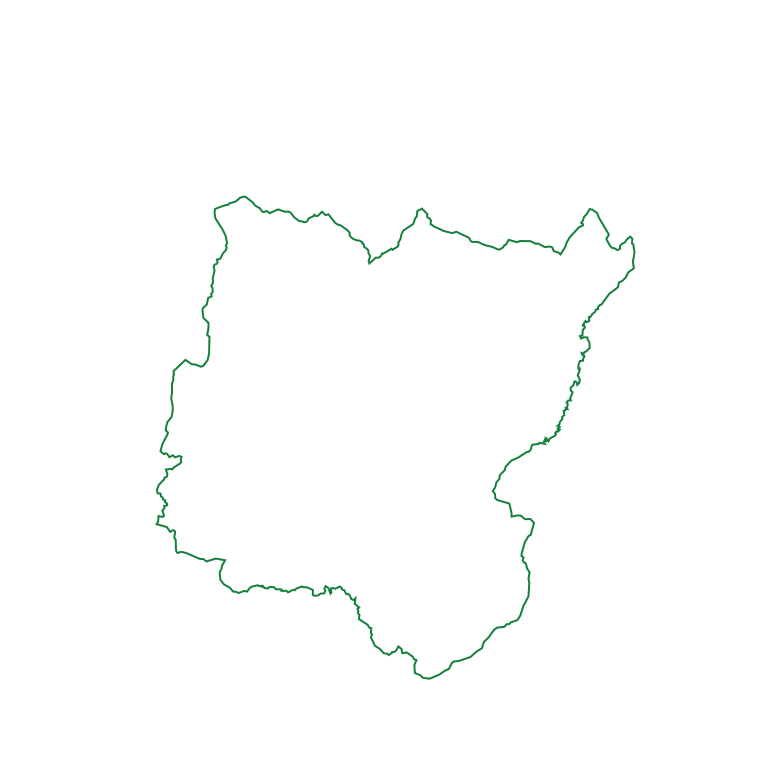 Loilen, Shan, Myanmar, rotated 210°
{"feature_id": "60261553B60770274813160", "entity_name": "Loilen", "entity_type": "district", "adm_level": 2, "iso_a3": "MMR", "parent_name": "Myanmar", "parent_adm1": "Shan", "projection": "mercator", "projection_center": [97.755, 21.29], "detail": "fine", "context": "isolated", "style": "outline", "palette": "green", "viewbox_px": 768, "rotation_deg": 210, "n_neighbors": 0, "source": "geoboundaries", "source_scale": "gbopen_adm2", "svg_char_len": 6166}
<svg xmlns="http://www.w3.org/2000/svg" viewBox="0 0 768 768"><g transform="rotate(210 384 384)"><path d="M529.1,495.6L529.0,494.0L532.0,489.9L531.9,486.4L533.2,484.6L539.7,482.7L545.2,483.5L550.4,485.7L553.4,485.4L555.6,483.7L563.1,482.2L568.5,474.7L571.9,475.3L574.1,472.8L575.4,472.4L579.4,474.1L584.8,474.1L588.0,475.5L597.4,476.9L598.8,476.3L601.6,473.7L603.6,468.0L608.2,463.1L608.2,461.8L612.2,458.1L617.8,451.1L616.5,447.7L613.0,443.3L600.8,436.9L595.1,433.0L590.3,427.5L590.0,424.6L588.4,423.3L587.9,420.9L588.8,416.2L588.5,410.4L590.9,408.2L589.1,406.5L588.9,404.6L590.4,402.5L590.3,400.6L587.4,397.4L585.3,390.3L582.8,386.2L582.6,382.5L580.8,381.7L578.4,378.3L578.8,375.9L577.1,373.7L579.3,370.6L577.2,364.3L578.8,359.1L578.3,357.5L573.6,351.0L566.6,349.2L564.0,344.7L561.6,338.0L558.8,337.7L550.7,322.9L548.7,316.4L549.6,309.2L551.1,307.5L556.8,306.6L560.5,305.0L568.0,305.6L572.7,289.8L570.6,287.1L570.4,285.3L568.4,282.0L567.8,278.2L563.2,270.5L561.3,265.4L556.2,259.6L553.7,255.5L551.5,249.3L552.5,242.7L551.1,237.6L549.8,234.7L546.9,234.0L546.3,231.7L545.9,221.4L544.0,214.0L539.5,213.2L538.2,214.9L536.9,215.0L533.2,213.4L531.2,216.7L528.4,216.0L525.2,219.4L522.9,219.7L522.0,216.4L520.6,215.3L520.7,213.6L524.4,206.4L524.6,204.3L525.7,204.3L530.2,200.8L526.6,197.8L525.7,195.3L527.2,193.0L526.7,191.6L528.6,183.9L527.6,178.6L525.4,176.2L522.7,177.3L520.9,175.1L518.9,175.1L517.8,173.5L515.2,173.9L514.8,172.2L512.5,172.1L511.3,171.0L511.5,169.9L513.4,168.6L512.1,166.5L512.6,163.5L508.6,160.0L509.1,158.3L513.2,156.9L510.8,151.9L510.9,148.9L500.5,151.5L495.2,149.0L494.1,151.4L492.2,152.2L490.9,151.5L488.8,146.0L486.4,144.8L481.7,137.1L480.2,135.2L478.3,134.4L475.7,137.3L471.0,138.7L455.8,140.5L453.0,142.1L449.0,141.6L442.4,148.7L433.5,151.9L433.4,145.2L432.2,142.6L432.2,138.9L427.9,132.7L422.4,130.4L415.7,130.5L410.9,128.8L408.1,130.1L405.4,130.3L401.7,134.8L398.8,135.8L398.2,140.4L397.0,142.6L392.7,146.6L390.8,146.6L388.6,148.3L388.1,147.6L387.6,148.4L385.3,147.5L382.1,149.1L381.7,151.1L377.7,153.0L375.0,152.2L370.2,154.8L369.6,153.6L368.3,154.4L367.1,153.8L367.7,154.4L365.4,156.1L362.9,155.6L359.6,160.6L358.0,160.9L357.6,163.1L353.7,167.8L352.3,167.5L349.4,169.3L342.6,170.1L340.1,165.6L337.6,166.2L335.4,167.9L334.2,170.7L331.1,172.8L331.4,175.7L333.1,176.5L333.5,179.7L330.4,179.6L325.5,175.7L325.3,177.0L327.7,180.4L326.2,181.9L324.0,182.1L321.0,186.5L318.8,186.4L317.3,185.0L315.4,185.6L311.4,183.1L310.3,184.3L308.0,183.9L304.8,181.4L302.2,181.7L301.6,184.1L299.4,179.0L293.8,178.0L294.5,176.2L292.7,174.6L292.0,172.6L289.7,171.6L288.2,167.9L277.7,167.3L275.1,165.7L272.9,166.1L270.8,161.7L269.2,161.2L268.7,158.1L260.9,152.7L255.1,152.5L249.5,150.7L246.6,152.0L244.3,151.6L242.6,155.4L242.9,155.9L241.0,157.4L240.2,159.1L240.3,163.9L236.3,163.2L233.5,160.0L230.0,162.9L222.7,162.2L220.5,160.7L217.8,161.1L217.2,155.8L212.7,149.1L206.9,150.0L203.5,149.0L197.2,151.5L190.7,160.1L188.0,166.0L185.4,169.5L185.7,175.6L185.1,178.3L180.4,181.9L172.6,190.9L170.0,198.7L167.1,204.0L168.5,210.6L166.8,216.4L165.8,226.0L164.1,229.7L158.4,233.8L157.7,237.4L156.2,238.0L155.2,239.3L155.1,240.9L150.4,246.2L150.2,251.7L152.3,261.3L152.7,272.3L158.6,284.2L161.4,287.5L163.9,293.8L167.6,295.6L171.6,299.6L173.4,299.5L175.7,300.6L176.4,303.6L179.0,303.8L180.2,306.6L182.9,317.4L182.8,324.5L181.5,326.6L184.6,338.6L189.6,340.3L194.3,337.5L199.8,338.4L202.9,336.8L207.2,332.9L209.0,336.0L215.7,343.1L227.8,340.2L230.5,340.6L232.9,344.3L236.3,345.7L236.0,350.0L237.5,355.1L236.6,359.3L238.1,363.0L236.4,369.7L237.3,373.4L235.4,381.3L230.9,387.5L226.5,396.3L224.8,397.7L224.1,400.0L225.3,405.5L220.0,409.5L220.1,410.7L214.9,412.5L216.6,413.2L216.8,415.8L215.6,415.5L216.4,416.9L214.9,416.1L214.3,416.7L214.9,417.7L212.9,416.7L213.1,419.7L210.0,424.8L209.9,426.5L211.2,427.1L211.0,428.9L209.5,429.8L209.0,432.2L210.8,431.6L211.3,432.5L210.2,434.5L211.6,435.4L212.6,434.8L211.9,437.0L212.7,439.0L212.0,442.8L213.3,444.5L212.3,447.4L214.9,450.5L214.0,451.2L214.3,452.8L212.6,453.9L214.5,454.5L213.7,455.2L214.6,458.1L216.3,459.4L217.4,458.7L216.2,460.0L216.4,461.5L213.9,463.3L215.6,464.5L216.5,471.2L218.9,471.8L220.4,473.7L219.4,478.5L220.3,481.0L219.7,482.0L217.5,481.6L216.2,479.9L215.5,482.3L216.5,485.7L220.4,488.2L221.6,494.6L223.1,494.3L223.0,495.5L224.0,495.6L225.1,497.6L225.8,501.8L223.3,503.7L224.1,504.8L224.2,508.1L227.1,508.5L228.3,509.6L226.1,509.9L226.6,511.4L225.2,513.3L223.9,518.2L227.1,523.0L229.8,524.3L231.2,526.0L234.6,524.2L236.0,521.9L238.3,523.5L236.5,525.4L238.9,530.3L238.2,533.3L240.4,535.0L241.0,534.2L241.3,534.8L241.0,539.3L239.5,538.9L237.7,541.1L240.0,544.4L238.8,545.1L238.5,549.2L237.2,552.1L237.7,554.5L236.0,555.9L237.1,557.6L236.6,560.3L235.5,561.2L234.0,574.9L229.8,584.7L231.3,589.4L229.1,592.5L227.9,597.6L228.3,602.7L225.5,609.1L229.6,614.4L232.7,622.9L237.9,629.6L239.6,629.8L241.6,634.0L244.5,634.7L246.0,630.5L246.2,627.1L248.1,624.1L248.6,621.6L247.2,619.2L248.7,616.7L251.9,616.8L254.7,615.9L257.5,616.7L263.3,620.3L264.2,621.5L263.7,624.6L264.4,626.1L280.9,635.4L285.0,638.7L290.9,639.2L293.4,638.2L293.4,632.5L294.3,628.7L293.4,624.4L293.9,622.2L291.8,622.0L291.0,620.9L293.5,617.2L296.5,604.0L296.5,597.6L295.6,593.7L295.9,584.5L298.3,585.0L303.5,584.0L306.4,586.3L308.7,586.2L313.2,583.0L320.9,582.7L322.6,581.3L328.9,580.8L337.8,575.7L339.8,573.3L348.1,571.2L348.1,565.7L349.2,564.1L349.1,562.0L350.9,558.6L352.2,557.6L358.9,556.8L367.1,554.5L373.7,554.0L378.7,551.1L380.5,551.3L383.3,553.1L397.5,552.0L400.3,548.8L408.7,546.4L419.3,545.5L423.8,545.8L424.8,548.8L426.9,550.1L429.7,550.0L430.9,551.1L431.2,552.7L438.8,554.9L441.6,550.5L439.5,545.6L439.8,543.0L438.7,537.1L443.9,526.7L443.7,522.3L442.2,517.7L442.3,513.9L441.0,511.7L441.0,509.6L443.7,504.5L445.1,504.9L449.9,496.4L450.9,496.2L450.7,493.1L451.8,490.8L454.3,489.2L456.9,481.1L458.8,482.8L459.9,487.8L463.2,489.8L463.9,491.4L465.6,492.4L470.0,492.9L471.2,494.8L473.1,494.9L473.4,495.9L477.1,495.9L479.3,494.8L483.3,494.2L486.9,494.9L488.5,495.9L489.1,497.7L492.7,498.9L500.4,499.7L504.0,498.9L507.1,499.2L517.0,503.2L519.0,501.0L523.8,502.1L525.2,496.9L526.8,495.4L529.1,495.6Z" fill="none" stroke="#15803d" stroke-width="2"/></g></svg>